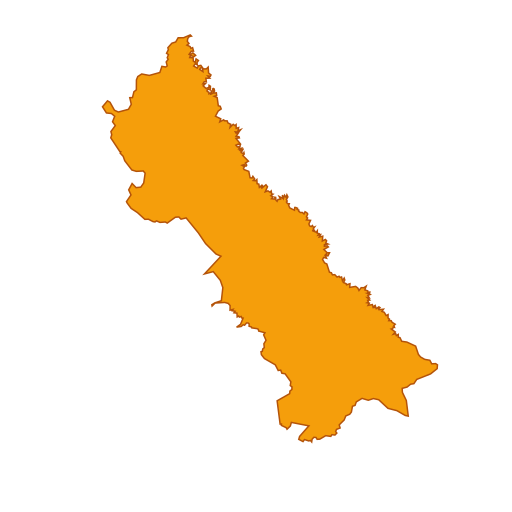 outline of Jericho & Al Aghwar, West Bank, Palestine, rotated 322°
{"feature_id": "87354302B18647900198549", "entity_name": "Jericho & Al Aghwar", "entity_type": "district", "adm_level": 2, "iso_a3": "PSE", "parent_name": "Palestine", "parent_adm1": "West Bank", "projection": "robinson", "projection_center": [35.498, 31.968], "detail": "fine", "context": "isolated", "style": "filled", "palette": "amber", "viewbox_px": 512, "rotation_deg": 322, "n_neighbors": 0, "source": "geoboundaries", "source_scale": "gbopen_adm2", "svg_char_len": 6051}
<svg xmlns="http://www.w3.org/2000/svg" viewBox="0 0 512 512"><g transform="rotate(322 256 256)"><path d="M340.3,41.3L333.3,39.4L329.0,36.1L324.5,37.9L320.7,36.5L314.8,37.6L313.9,39.5L310.3,41.2L311.0,43.4L308.1,45.1L307.9,46.9L304.7,47.8L303.1,51.5L301.2,51.5L298.6,48.6L293.2,52.2L283.1,48.0L278.0,42.2L273.3,41.8L270.2,43.6L264.0,51.4L260.9,51.4L256.2,55.1L254.0,53.5L251.1,59.7L245.8,61.9L236.2,57.8L234.2,54.0L235.6,45.0L234.5,42.3L226.9,43.9L226.2,51.2L229.8,54.7L230.7,58.9L225.6,61.9L225.4,66.6L218.3,68.6L217.0,71.6L214.3,73.5L213.0,89.8L213.6,90.6L212.3,91.3L212.7,95.7L211.2,100.2L211.1,111.8L213.8,115.6L219.5,119.6L219.6,122.5L212.5,129.3L207.6,130.8L203.6,128.3L203.0,122.6L196.4,125.5L195.1,130.9L187.4,133.4L187.1,134.9L186.9,141.6L189.3,148.8L191.0,158.7L193.9,160.8L196.0,165.5L197.4,167.0L199.2,167.1L201.0,170.4L205.5,173.4L206.3,175.4L216.3,175.8L219.2,177.7L219.6,180.8L224.4,183.0L224.8,202.3L223.9,215.2L225.7,229.8L228.3,234.6L204.4,238.4L212.7,242.0L212.9,253.2L210.4,260.5L201.2,269.9L194.8,267.6L191.2,267.2L190.6,268.4L194.8,267.9L202.7,273.3L204.9,276.2L205.1,279.1L202.2,282.7L205.0,283.9L203.5,284.4L205.5,286.7L203.7,287.2L205.8,289.3L203.7,292.4L205.4,292.6L205.3,293.9L207.1,294.5L206.6,296.0L207.6,297.0L201.8,300.3L196.9,300.1L200.9,302.4L203.6,302.3L204.4,303.5L207.3,302.9L208.6,304.0L208.8,305.3L207.3,307.1L208.7,309.1L208.4,310.0L212.1,313.9L212.7,315.2L211.9,316.8L215.8,322.0L213.5,322.8L212.0,328.6L208.2,330.0L206.1,333.3L204.1,333.4L202.3,335.0L201.0,334.5L199.5,337.1L199.5,342.0L204.2,353.6L203.0,359.9L205.2,361.1L204.2,364.3L206.4,366.7L206.0,376.6L203.2,379.2L203.8,381.2L202.1,383.3L199.6,383.3L197.8,385.2L183.5,383.1L171.5,403.3L172.6,404.1L171.7,405.1L174.1,409.9L173.8,411.6L178.4,411.1L181.4,408.9L193.1,422.4L179.3,425.0L176.8,426.8L178.8,431.2L181.2,430.5L183.7,434.2L185.3,434.9L185.4,436.8L187.4,434.9L190.0,434.5L191.6,436.0L191.3,438.1L193.5,439.6L200.3,440.5L203.9,444.2L205.8,443.5L208.0,445.7L210.7,445.3L210.7,443.3L212.7,442.2L216.4,443.3L217.6,440.3L224.5,439.5L228.3,437.3L232.4,438.4L235.1,437.7L239.5,433.8L242.1,434.7L245.2,432.7L251.9,433.5L255.7,438.8L260.7,440.6L264.2,444.8L266.2,457.3L271.8,464.6L275.4,473.5L277.4,475.9L285.5,462.4L287.4,453.6L289.7,450.3L294.4,452.3L298.9,452.2L301.8,453.8L306.7,452.2L321.0,456.4L329.4,456.3L332.0,453.5L331.3,451.4L328.1,449.1L328.8,445.2L325.3,441.3L323.5,436.9L323.4,433.5L326.3,425.3L321.9,416.7L318.3,412.9L319.2,409.0L318.1,407.6L319.8,405.4L317.6,405.1L318.3,403.1L316.1,402.2L319.0,401.6L317.6,396.8L319.1,397.4L320.3,396.5L321.2,397.5L321.8,395.7L323.7,395.5L322.4,392.0L322.7,390.2L320.8,388.7L322.3,388.0L321.9,386.1L324.0,383.5L321.9,383.1L322.4,379.3L321.1,377.2L323.7,376.4L319.8,374.0L320.0,373.0L321.9,373.0L321.5,371.7L318.3,371.5L319.5,368.3L318.3,368.2L318.3,369.8L316.5,368.8L317.8,365.9L313.9,363.9L316.2,363.0L314.8,361.3L316.2,361.6L316.6,359.7L318.5,360.7L318.0,357.3L319.5,358.8L319.8,355.9L322.2,356.6L320.8,354.0L322.7,355.2L323.5,354.5L321.8,353.4L322.6,352.3L320.9,349.7L324.2,347.6L321.5,347.4L319.4,345.7L315.9,346.6L316.5,344.0L315.8,341.3L310.5,338.4L313.0,335.7L309.6,334.4L310.0,333.3L308.6,330.8L311.2,329.6L311.9,327.7L308.9,328.7L310.5,325.2L308.9,324.5L309.0,323.1L306.9,322.5L306.6,319.2L304.6,317.9L305.1,315.6L303.9,314.0L306.9,305.9L305.8,303.7L306.3,299.7L308.4,298.8L310.2,301.1L310.8,297.9L312.8,297.6L311.7,299.2L312.8,300.2L315.9,298.7L314.1,297.3L313.5,292.6L318.6,293.4L318.5,292.0L315.9,290.4L316.9,289.2L320.1,290.9L318.9,288.7L321.0,287.5L320.9,285.7L317.5,285.0L320.8,281.5L317.5,280.0L320.0,278.9L317.7,277.8L319.5,277.3L318.3,275.7L319.8,273.9L318.1,274.4L315.9,270.5L317.7,271.8L317.8,269.9L320.0,269.2L318.9,268.9L319.2,266.7L317.6,266.8L316.8,265.3L317.4,263.3L320.9,261.5L318.0,258.6L320.1,257.8L319.8,256.2L322.6,254.8L322.7,253.3L321.9,251.3L319.7,252.4L319.3,250.2L317.7,249.0L317.2,247.0L318.0,246.2L317.1,244.6L318.1,244.0L317.2,242.2L316.4,241.6L314.5,243.6L312.2,238.9L312.9,236.2L314.4,235.3L313.1,234.2L313.2,232.2L314.4,231.9L314.7,230.2L317.5,229.1L318.0,226.8L315.8,228.2L315.9,225.7L313.2,227.5L314.4,224.2L312.5,226.9L310.9,223.4L310.3,226.3L308.1,225.0L306.3,225.9L306.1,224.3L307.6,221.9L306.9,221.2L306.7,222.5L305.7,222.6L303.5,220.4L305.8,219.9L304.8,217.6L307.4,217.7L306.6,216.7L308.0,214.1L306.3,214.4L305.5,212.0L302.8,211.1L307.7,208.5L307.7,206.0L302.4,206.1L302.5,204.9L304.4,205.1L304.3,203.8L300.9,204.0L302.5,201.1L301.4,199.7L303.7,196.3L302.0,196.5L300.3,194.8L302.4,194.5L302.6,191.3L300.9,192.1L299.5,190.7L302.4,184.9L299.8,180.5L300.1,179.2L301.9,178.5L300.8,175.9L303.0,176.7L302.7,178.4L303.7,179.1L304.6,178.7L304.9,176.2L308.4,176.6L307.5,168.7L309.5,168.4L310.2,167.0L309.0,167.5L308.0,165.4L312.2,163.6L308.6,163.7L308.3,162.6L310.8,162.1L308.4,161.0L310.6,159.9L308.5,158.6L308.4,156.3L310.9,156.9L311.8,158.9L312.7,158.4L312.6,151.0L315.6,152.7L316.0,151.5L314.0,149.4L317.6,148.3L315.9,146.8L316.1,145.4L318.7,147.7L321.7,147.0L318.9,146.2L321.4,144.1L319.0,143.2L321.2,140.2L319.7,140.3L319.1,138.2L314.7,138.7L317.2,136.7L315.8,133.8L316.5,131.8L314.3,129.9L314.4,128.8L310.0,128.0L312.7,126.2L310.1,120.9L315.4,118.5L319.1,118.7L320.0,116.0L318.8,114.4L322.9,107.3L321.4,104.4L323.8,105.3L325.2,103.0L322.4,101.2L324.9,100.5L325.9,98.6L325.4,97.6L324.5,97.7L324.0,99.9L322.3,98.3L321.0,101.0L320.0,100.6L321.1,99.6L318.8,99.2L319.7,97.9L318.9,96.3L319.5,95.1L321.1,95.2L322.2,96.9L324.6,94.2L324.1,92.6L322.6,94.2L319.8,93.1L319.1,89.4L322.1,89.0L320.1,87.6L322.5,86.8L324.1,88.2L325.9,85.1L329.1,87.4L328.9,84.5L330.6,86.3L332.0,85.6L331.3,82.6L334.6,77.7L332.1,78.0L329.1,75.7L327.7,78.0L326.5,74.3L328.1,73.6L329.8,74.8L329.9,71.8L327.7,70.7L325.4,71.7L323.8,67.9L326.5,67.1L327.4,69.3L328.5,67.3L331.0,66.5L330.1,63.8L327.3,66.0L326.6,63.8L328.5,61.1L325.9,58.8L327.8,57.7L330.0,60.7L332.0,60.7L331.3,57.1L328.0,56.9L327.4,55.9L331.1,54.8L332.9,56.1L334.3,52.8L332.5,52.3L333.0,50.4L331.4,47.3L334.0,47.3L334.0,44.6L336.1,42.6L338.4,42.0L340.5,43.0L340.3,41.3Z" fill="#f59e0b" stroke="#b45309" stroke-width="1.5"/></g></svg>